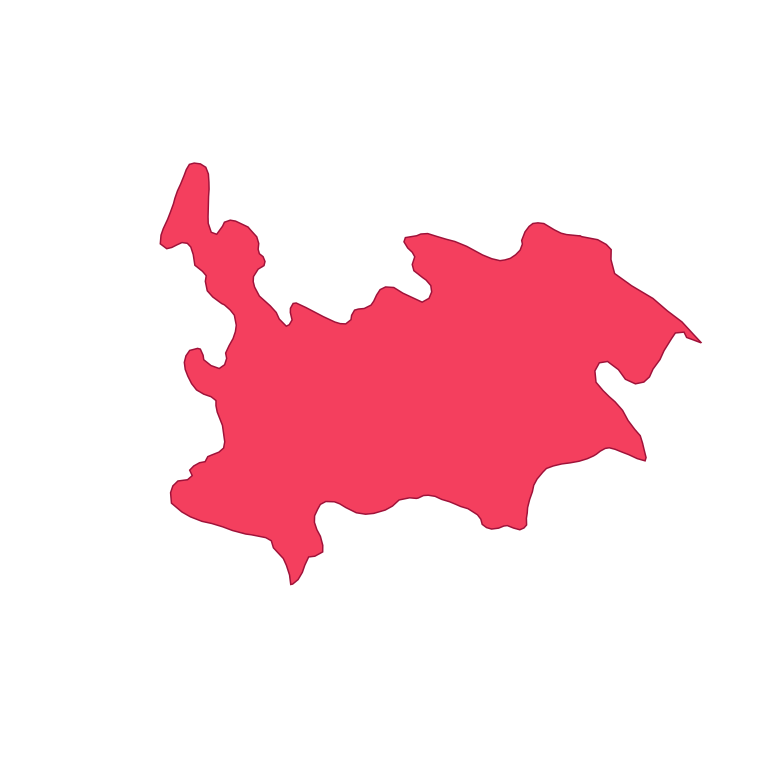 the district of Chachersk, Gomel, Belarus, rotated 25°
{"feature_id": "67162791B26710857863794", "entity_name": "Chachersk", "entity_type": "district", "adm_level": 2, "iso_a3": "BLR", "parent_name": "Belarus", "parent_adm1": "Gomel", "projection": "albers", "projection_center": [30.949, 52.928], "detail": "fine", "context": "isolated", "style": "filled", "palette": "rose", "viewbox_px": 768, "rotation_deg": 25, "n_neighbors": 0, "source": "geoboundaries", "source_scale": "gbopen_adm2", "svg_char_len": 3734}
<svg xmlns="http://www.w3.org/2000/svg" viewBox="0 0 768 768"><g transform="rotate(25 384 384)"><path d="M653.1,343.3L652.6,339.9L647.4,333.5L643.3,328.3L638.1,322.6L630.5,319.2L620.7,314.0L611.4,307.1L600.9,302.5L593.4,300.3L585.3,297.4L575.4,292.8L569.6,283.0L570.2,273.8L577.1,269.1L590.4,271.9L600.8,277.7L611.8,277.6L618.7,272.4L621.6,265.4L621.5,256.8L623.8,245.2L623.7,235.4L625.4,221.5L626.5,214.6L634.0,210.2L638.6,213.9L653.6,212.7L653.8,212.4L643.6,208.3L627.8,201.8L610.0,198.0L591.6,192.8L566.7,190.3L546.3,186.4L537.1,175.3L533.1,166.2L526.5,163.6L516.7,162.9L500.9,166.9L498.9,166.8L498.6,167.1L486.4,171.4L480.7,172.5L473.3,172.3L461.1,171.0L455.4,172.9L451.1,175.6L448.9,179.9L447.5,186.5L448.1,195.7L450.3,198.7L450.8,205.2L448.7,211.2L445.4,216.7L441.1,220.5L437.0,223.2L428.8,224.9L418.8,225.4L400.8,224.3L388.0,224.9L379.3,226.5L369.8,227.9L360.0,229.2L354.0,232.5L351.0,235.8L346.6,238.8L341.5,242.3L342.0,246.7L348.0,250.7L354.0,252.7L358.1,255.7L359.1,263.8L363.2,268.7L373.9,271.2L378.2,272.0L384.8,275.0L388.3,280.4L388.6,287.3L384.0,293.7L373.0,293.7L362.7,293.7L352.1,292.4L344.4,295.4L340.6,300.1L339.7,306.5L339.7,313.3L338.9,318.0L334.2,323.9L329.1,326.9L326.1,329.5L325.6,335.4L326.9,339.7L323.9,345.7L318.8,347.8L313.3,348.6L300.5,348.6L280.9,347.7L270.2,347.7L267.6,349.4L267.2,354.9L268.9,358.8L273.6,364.8L273.1,370.3L271.0,372.9L261.6,369.4L256.1,364.7L248.0,361.3L233.9,357.0L225.7,350.8L222.2,346.5L220.3,341.8L221.4,333.1L225.2,327.4L224.4,323.3L220.6,319.7L216.0,318.6L213.0,315.1L211.1,309.6L206.5,304.4L197.5,300.6L194.5,299.2L180.6,299.1L175.4,300.5L171.0,304.8L171.0,309.2L169.1,319.0L163.3,319.5L156.8,312.7L153.9,306.9L150.6,299.3L145.8,288.3L143.1,281.3L140.1,275.2L136.1,267.9L130.9,262.9L129.2,262.7L124.6,262.1L118.6,264.0L114.8,267.2L114.2,273.2L114.7,279.2L115.2,289.0L115.2,296.3L116.0,304.0L117.0,309.5L117.8,318.5L118.3,326.1L118.3,336.5L119.0,343.3L122.0,351.5L129.9,353.2L134.0,349.9L137.6,345.3L141.1,341.2L146.3,339.6L151.0,341.5L156.4,347.3L162.4,356.3L171.9,358.6L177.1,361.0L178.7,366.5L184.4,374.2L192.0,377.5L202.9,379.7L205.9,379.7L213.3,381.9L219.3,384.9L225.3,393.2L227.2,399.4L228.0,406.6L227.4,414.7L227.4,422.9L230.6,427.3L231.4,433.9L228.1,439.6L219.4,440.4L210.4,438.2L207.9,434.4L202.8,430.0L200.0,430.5L193.7,435.7L192.6,442.2L193.9,448.8L197.7,454.8L202.9,459.8L209.5,465.0L216.6,468.6L225.0,469.4L232.7,468.6L238.7,470.0L240.9,474.7L244.7,479.9L255.1,489.8L264.1,503.7L265.7,509.8L263.2,515.5L257.8,521.2L255.0,524.3L254.7,530.0L250.1,533.3L246.2,538.7L244.3,544.2L248.9,548.1L246.4,553.8L238.2,559.0L235.7,565.6L236.5,572.7L241.7,581.8L254.9,585.4L264.7,586.2L277.1,585.4L286.9,583.2L298.2,581.6L308.6,580.8L322.1,578.4L327.5,576.7L341.8,573.2L348.1,573.7L353.0,579.2L359.6,581.9L366.5,584.7L372.2,589.6L379.1,597.0L384.2,605.1L385.8,603.9L388.8,597.5L389.6,589.2L388.8,581.7L388.8,572.6L394.1,569.3L399.4,562.1L396.7,556.1L390.7,548.9L384.7,544.4L379.4,538.8L376.8,532.8L376.8,525.6L377.2,520.0L380.9,515.1L388.8,511.7L394.5,511.3L401.6,512.1L413.3,512.4L422.3,509.8L429.4,505.6L438.4,497.7L443.3,491.0L446.7,482.7L455.3,476.3L461.7,474.0L463.2,472.9L466.9,468.4L471.1,466.1L477.8,464.2L485.0,464.2L493.2,463.0L500.4,462.7L505.2,462.6L512.8,461.5L524.0,463.0L528.9,465.6L532.3,469.7L537.6,470.8L542.8,470.0L548.8,466.2L552.6,462.1L555.6,460.2L562.3,459.8L568.7,458.7L571.7,455.3L572.8,451.5L569.8,445.5L568.3,440.3L566.4,435.4L564.8,427.1L564.0,418.9L562.5,412.5L562.9,405.4L565.1,397.1L566.9,391.9L572.2,386.6L578.9,381.3L586.0,376.8L593.5,371.5L599.8,365.8L604.3,360.6L606.1,357.9L608.4,353.4L611.7,348.9L615.1,346.6L621.1,345.5L628.6,345.1L635.7,344.6L640.5,344.6L645.0,344.6L653.1,343.3Z" fill="#f43f5e" stroke="#9f1239" stroke-width="1.5"/></g></svg>